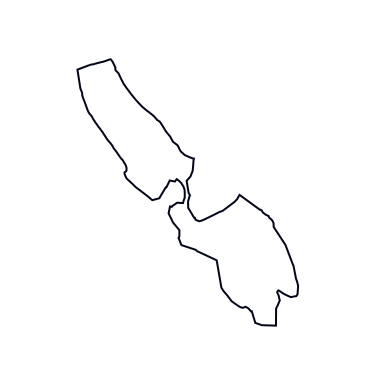 outline of Raydah, Amran, Yemen, rotated 160°
{"feature_id": "15242507B40923002776942", "entity_name": "Raydah", "entity_type": "district", "adm_level": 2, "iso_a3": "YEM", "parent_name": "Yemen", "parent_adm1": "Amran", "projection": "equal_earth", "projection_center": [44.059, 15.769], "detail": "fine", "context": "isolated", "style": "outline", "palette": "ink", "viewbox_px": 384, "rotation_deg": 160, "n_neighbors": 0, "source": "geoboundaries", "source_scale": "gbopen_adm2", "svg_char_len": 3645}
<svg xmlns="http://www.w3.org/2000/svg" viewBox="0 0 384 384"><g transform="rotate(160 192 192)"><path d="M257.8,346.2L261.5,327.4L261.5,326.5L261.4,325.4L261.4,324.2L261.4,323.2L261.4,322.3L261.7,321.5L262.0,320.6L262.1,319.5L262.1,319.4L262.2,318.5L262.2,317.6L262.2,316.8L262.2,315.9L262.1,315.1L262.1,314.0L262.1,313.1L262.1,312.2L262.1,311.3L262.1,310.9L262.1,310.3L262.1,308.8L262.1,308.0L262.1,307.0L262.1,306.0L262.1,305.1L262.1,304.2L262.0,303.3L261.9,302.3L261.7,301.3L261.5,300.5L261.1,299.5L260.7,298.5L260.4,297.6L260.2,296.8L260.1,295.9L260.0,295.1L259.8,293.9L259.5,292.6L259.2,291.5L259.1,290.7L258.8,289.5L258.5,288.7L258.2,287.9L258.1,287.0L257.8,286.0L257.5,285.0L257.2,284.2L256.9,283.4L256.7,282.6L256.4,281.5L256.1,280.6L255.9,279.8L255.6,279.0L255.4,278.2L255.3,277.1L255.0,276.2L254.8,275.3L254.8,275.2L254.5,274.1L254.3,273.2L254.0,271.9L253.8,270.9L253.6,269.9L253.2,269.1L252.9,268.2L252.6,267.4L252.2,266.5L251.9,265.6L251.6,264.7L251.3,263.8L251.1,262.9L250.9,262.1L250.8,261.1L250.6,259.9L250.4,259.1L250.1,258.2L249.8,257.3L249.5,256.5L249.3,255.7L249.1,254.9L248.8,253.6L248.5,252.7L248.3,251.7L248.1,250.9L247.9,250.4L247.8,249.8L247.6,249.1L247.5,248.9L247.3,248.1L247.0,247.3L246.6,246.5L246.2,245.5L246.0,244.6L245.9,243.7L245.7,242.7L245.6,242.2L245.5,241.8L245.3,240.8L245.2,240.1L245.2,237.3L245.8,235.6L246.2,234.7L246.7,234.1L247.4,233.9L248.0,233.8L248.6,233.5L249.0,232.9L249.2,231.5L249.0,227.7L248.5,226.4L248.2,225.8L244.6,218.8L243.4,216.1L235.8,204.3L232.1,197.9L224.9,197.3L215.0,205.4L214.5,205.1L209.0,210.4L204.5,207.7L202.0,209.3L200.8,207.6L200.0,206.2L199.0,204.0L198.5,201.5L198.2,199.8L198.2,196.7L199.3,193.1L200.8,189.1L203.0,186.5L204.2,184.7L206.2,185.5L209.5,187.0L215.9,185.4L216.2,185.0L217.6,186.0L221.3,179.9L220.9,176.3L220.3,170.0L216.9,160.4L219.0,154.7L220.1,153.4L220.3,153.4L220.1,145.7L208.4,136.5L207.4,134.6L192.2,119.4L192.7,116.4L197.1,92.1L197.0,91.4L196.1,87.7L194.2,82.7L193.6,80.7L193.2,79.3L192.1,75.8L188.7,70.8L188.1,70.0L186.4,67.7L184.0,65.8L180.8,65.8L178.6,63.0L177.4,59.6L176.6,59.5L177.3,47.4L172.0,43.0L158.8,37.7L152.8,53.8L150.4,56.0L146.6,60.1L146.0,65.2L146.3,68.7L145.4,69.5L144.6,70.0L144.4,70.0L143.2,68.5L140.6,64.9L138.3,62.5L135.2,59.5L129.6,58.5L127.8,59.8L124.3,67.7L123.9,72.0L123.9,75.0L121.8,88.4L122.0,89.0L122.3,110.3L127.2,131.2L126.0,135.0L126.3,137.8L128.3,141.8L128.3,143.3L130.2,145.1L132.5,148.6L132.7,150.6L133.7,152.0L134.2,152.0L148.3,173.0L149.7,171.9L151.9,169.9L155.2,168.3L155.6,168.1L169.3,163.9L169.8,163.8L173.1,163.8L182.3,162.7L191.8,161.8L194.7,161.9L195.5,162.2L198.2,164.8L198.1,166.8L198.8,167.1L200.5,176.0L201.0,178.4L199.0,184.3L195.7,189.0L195.0,189.6L195.5,192.3L193.2,204.4L188.1,207.1L184.1,211.7L180.5,219.4L180.3,220.1L178.8,222.7L179.2,222.9L180.0,223.5L181.8,225.0L186.2,229.2L188.7,234.0L189.2,237.3L189.4,239.9L189.6,240.6L189.7,241.0L192.7,245.7L193.6,251.6L195.8,257.9L196.9,263.6L198.2,269.1L200.1,271.6L201.8,276.2L204.8,281.2L206.6,283.9L209.5,288.9L211.8,294.1L213.3,297.8L215.1,303.0L216.1,306.0L217.8,311.7L219.3,317.3L219.5,319.1L220.0,323.3L220.5,328.8L222.1,332.2L222.2,333.1L221.7,334.6L221.4,335.2L221.5,335.7L222.0,341.3L223.0,344.5L223.7,344.6L224.5,344.7L225.2,344.7L226.0,344.7L226.8,344.7L227.6,344.7L228.3,344.7L229.0,344.7L229.7,344.7L230.3,344.8L231.1,344.8L231.8,344.9L232.5,345.0L233.2,345.1L233.9,345.2L234.6,345.2L235.2,345.3L236.1,345.4L237.0,345.5L237.8,345.5L238.4,345.6L239.3,345.7L240.0,345.7L240.6,345.7L241.3,345.8L241.9,346.0L242.7,346.1L243.4,346.2L244.3,346.3L244.9,346.3L245.7,346.3L246.6,346.3L257.8,346.2Z" fill="none" stroke="#020617" stroke-width="2"/></g></svg>